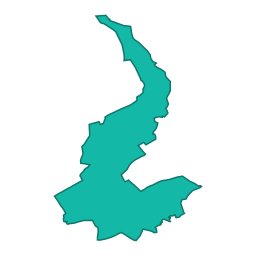 Kaugama, Jigawa, Nigeria (Mercator projection)
{"feature_id": "59680162B31064170938287", "entity_name": "Kaugama", "entity_type": "district", "adm_level": 2, "iso_a3": "NGA", "parent_name": "Nigeria", "parent_adm1": "Jigawa", "projection": "mercator", "projection_center": [9.774, 12.554], "detail": "fine", "context": "isolated", "style": "filled", "palette": "teal", "viewbox_px": 256, "rotation_deg": 0, "n_neighbors": 0, "source": "geoboundaries", "source_scale": "gbopen_adm2", "svg_char_len": 5239}
<svg xmlns="http://www.w3.org/2000/svg" viewBox="0 0 256 256"><path d="M96.0,16.1L100.6,22.8L104.1,23.8L112.4,29.1L115.7,31.6L121.8,44.1L122.8,47.6L124.3,56.2L124.2,59.8L124.0,60.6L130.4,59.8L132.7,63.3L135.5,67.7L139.9,77.3L141.3,80.8L142.2,81.0L143.2,82.2L144.2,83.9L144.6,85.8L143.9,87.5L143.0,89.0L143.1,92.6L139.7,95.5L136.9,97.0L136.9,100.5L130.7,104.9L120.6,109.2L113.2,112.7L107.6,115.4L105.0,117.2L105.4,118.3L103.2,123.6L100.3,124.3L99.1,121.7L89.2,124.4L89.7,135.6L84.4,144.0L82.7,145.7L81.9,146.7L82.7,151.4L83.1,153.9L81.0,158.8L80.6,160.6L80.7,163.2L90.0,164.7L89.8,165.1L89.4,165.6L89.0,165.9L88.6,166.1L88.4,166.5L87.9,167.0L87.6,167.4L87.1,167.6L86.6,167.9L86.0,168.2L85.6,168.5L85.4,169.1L84.9,169.2L84.5,169.5L84.2,170.2L83.7,170.8L83.2,171.4L82.9,171.9L82.3,172.3L81.8,173.0L81.2,173.7L80.6,174.2L80.3,174.9L80.1,175.5L80.0,175.9L80.2,176.3L80.5,176.7L80.8,177.0L81.1,177.9L81.5,178.5L81.8,178.9L81.9,179.3L82.7,180.2L82.5,180.4L80.9,181.3L80.1,181.7L79.2,182.2L78.3,182.7L77.4,183.2L76.3,183.8L75.5,184.2L72.5,186.0L70.8,187.0L68.3,188.3L65.6,189.8L63.6,190.9L62.1,191.9L59.3,193.3L57.9,194.1L56.8,194.8L54.5,196.2L57.9,201.0L60.1,204.7L61.7,207.0L61.8,207.0L63.9,210.0L65.8,213.4L65.0,214.1L63.7,215.0L63.5,215.3L63.7,216.4L63.9,218.0L63.6,218.4L63.5,218.7L63.5,219.0L63.4,219.2L63.4,219.5L63.5,219.8L63.6,220.2L63.6,220.4L63.7,220.9L63.8,221.4L64.0,221.4L64.7,221.7L65.0,221.7L65.6,221.6L65.8,221.6L66.0,221.5L66.2,221.4L66.4,221.4L66.7,221.5L66.9,221.6L67.0,221.6L66.2,222.7L67.5,224.2L70.5,223.5L71.5,223.4L72.8,223.3L74.7,223.0L77.5,222.0L80.2,221.4L83.4,220.5L92.5,220.4L95.4,225.9L98.0,227.7L98.2,231.7L97.5,237.3L97.5,238.6L97.4,239.9L99.9,240.1L105.8,238.9L111.2,237.2L115.3,235.4L117.8,234.1L121.2,232.5L125.6,235.0L129.6,237.7L133.8,240.1L134.9,240.2L136.0,240.6L137.6,238.8L138.1,238.1L138.8,237.3L139.5,236.4L140.0,235.8L140.4,235.2L140.7,234.6L141.0,233.9L141.1,233.1L141.5,232.6L141.9,232.0L142.1,231.4L142.2,231.1L142.2,230.6L142.5,229.8L142.9,229.2L143.3,229.2L144.0,229.4L144.7,229.5L146.4,229.9L147.6,230.2L148.9,230.5L150.0,230.7L151.0,231.0L151.8,231.4L152.7,231.7L153.2,232.2L153.8,232.4L154.2,232.5L154.6,232.7L155.3,232.5L156.0,232.4L156.7,232.3L156.6,231.1L156.5,229.9L156.3,229.0L156.2,228.5L155.1,227.6L155.5,227.2L155.7,226.9L156.1,226.6L156.4,226.5L157.0,226.2L157.6,225.9L158.2,225.6L158.9,225.2L159.2,225.1L159.6,225.1L159.8,225.1L160.0,225.1L160.2,224.8L160.4,224.7L160.6,224.6L160.9,224.4L161.1,224.1L161.1,223.9L161.1,223.5L161.0,223.3L160.8,223.2L160.5,223.1L160.5,222.9L160.8,222.8L161.0,222.8L161.4,222.7L161.5,222.4L161.6,222.2L161.9,222.3L162.2,222.2L162.2,221.9L162.2,221.7L162.1,221.4L162.0,221.2L161.7,220.9L161.7,220.5L162.0,220.2L162.2,219.9L162.5,219.6L163.0,219.6L163.3,219.5L163.6,219.3L163.8,219.2L166.5,220.2L167.1,220.4L167.6,220.6L168.0,220.8L168.6,221.1L169.2,221.3L169.7,221.5L170.2,221.6L170.3,221.4L170.1,221.2L169.8,221.1L169.7,220.9L169.6,220.6L169.6,220.3L169.6,219.9L169.7,219.7L169.6,219.4L169.6,219.1L169.7,218.8L169.9,218.5L170.1,218.4L170.3,218.2L170.4,217.9L170.4,217.6L170.2,217.3L170.0,217.2L169.7,217.4L169.5,217.6L169.6,217.8L169.6,218.1L169.4,218.2L169.2,218.2L168.8,217.8L168.6,217.4L168.8,217.1L168.8,216.9L169.0,216.6L169.2,216.4L169.6,216.3L169.9,216.1L170.2,215.9L170.6,215.9L171.1,215.9L171.6,215.9L172.1,216.0L172.6,215.9L172.9,215.8L173.0,215.6L173.4,215.5L173.8,215.3L174.2,215.1L174.6,215.0L174.9,215.0L175.2,215.1L175.4,215.2L175.3,215.5L175.3,215.8L175.4,216.0L175.4,216.3L175.5,216.6L175.6,216.9L175.8,217.2L176.0,217.5L176.3,217.7L176.6,217.7L177.4,217.3L178.2,217.2L178.6,217.3L179.3,217.0L179.7,216.8L180.2,216.1L180.7,215.4L181.6,214.9L183.3,213.9L184.4,213.5L183.8,212.5L181.7,206.2L180.7,203.0L182.1,199.6L186.1,199.0L187.4,196.3L189.8,193.4L191.5,191.8L192.3,190.9L194.0,190.0L199.7,187.8L201.5,186.6L200.8,185.9L200.2,185.7L198.8,185.9L197.9,185.8L197.3,185.4L194.9,183.6L189.8,181.3L185.5,178.3L182.6,176.2L177.6,177.0L175.2,177.7L171.0,179.0L168.4,179.7L166.8,180.0L162.1,180.7L158.8,181.9L152.7,185.1L150.2,185.9L146.6,187.7L145.1,189.0L143.0,190.1L140.7,191.4L137.8,188.5L136.9,187.6L135.4,186.3L133.8,184.8L132.2,183.5L130.9,182.3L129.8,181.4L128.7,180.1L125.1,181.7L124.0,180.5L121.2,174.7L124.0,172.3L127.1,169.4L129.2,165.4L132.0,162.3L135.1,159.9L141.4,156.5L142.7,155.9L143.9,155.6L144.9,154.8L145.5,154.0L144.2,152.9L140.2,148.0L138.2,145.6L143.7,142.3L145.9,144.8L148.3,143.4L151.8,141.4L155.7,139.2L155.5,138.3L155.5,137.9L155.6,137.7L155.8,137.4L155.4,136.2L155.4,135.7L154.9,134.9L154.6,134.1L153.8,134.3L153.4,134.1L152.7,133.9L153.4,132.0L156.1,128.5L157.4,125.1L157.7,122.9L154.8,121.6L154.5,119.9L154.0,118.5L156.2,117.3L159.3,116.7L162.2,117.4L162.7,116.3L164.5,116.9L167.8,113.3L167.9,113.1L167.9,112.9L166.7,109.9L166.1,108.9L165.7,108.1L167.0,107.1L168.4,104.0L166.5,98.1L168.8,93.8L170.2,91.1L170.2,89.0L170.3,81.5L165.9,76.9L165.0,72.3L163.2,70.8L160.6,69.1L157.7,67.7L154.8,65.7L154.5,64.8L156.3,63.2L152.8,61.5L150.9,58.7L150.1,54.7L147.2,50.7L143.3,47.0L138.6,42.4L134.9,40.0L132.9,37.8L131.6,33.1L130.6,26.4L123.7,25.6L110.8,20.9L109.8,20.6L109.9,20.3L109.9,20.0L109.7,19.5L109.7,19.2L109.2,19.1L108.8,19.1L108.7,19.0L105.9,15.4L96.0,16.1Z" fill="#14b8a6" stroke="#0f766e" stroke-width="1.5"/></svg>